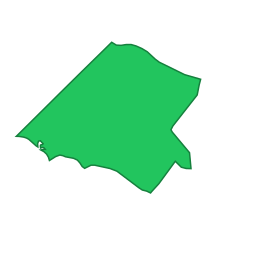 map outline of Al Ahmadi (orthographic projection), rotated 136°
{"feature_id": "KWT-1665", "entity_name": "Al Ahmadi", "entity_type": "Province", "adm_level": 1, "iso_a3": "KWT", "parent_name": "Kuwait", "parent_adm1": "", "projection": "orthographic", "projection_center": [48.089, 28.9], "detail": "fine", "context": "isolated", "style": "filled", "palette": "green", "viewbox_px": 256, "rotation_deg": 136, "n_neighbors": 0, "source": "natural_earth", "source_scale": "10m", "svg_char_len": 1002}
<svg xmlns="http://www.w3.org/2000/svg" viewBox="0 0 256 256"><g transform="rotate(136 128 128)"><path d="M80.2,201.0L78.8,195.7L75.5,192.2L71.5,189.4L67.8,185.9L65.2,181.4L62.8,175.5L61.2,169.4L60.6,158.7L59.8,153.6L50.2,127.0L41.9,112.6L46.8,109.6L55.3,103.7L94.3,98.3L98.3,96.9L99.0,94.3L100.9,67.5L110.9,55.0L114.3,58.5L116.9,62.8L117.1,71.2L144.5,66.5L155.4,65.8L156.9,65.6L158.4,69.6L160.8,73.5L161.7,77.5L166.0,104.7L169.1,111.4L177.8,124.4L180.4,126.9L187.2,129.1L187.7,132.1L186.9,136.1L186.7,140.1L188.2,144.0L193.0,150.8L194.0,153.2L195.8,155.9L199.9,157.7L207.1,159.2L205.5,162.3L204.7,165.8L204.9,169.4L206.0,172.8L203.3,171.0L202.4,170.1L202.2,171.7L202.4,172.7L203.1,173.5L204.8,174.3L203.5,176.0L202.7,176.5L202.0,176.2L201.2,175.6L200.0,175.6L199.9,179.7L201.5,180.7L203.9,179.5L206.0,177.0L206.5,179.1L207.2,188.7L207.9,191.1L209.3,193.8L212.0,197.4L214.1,199.6L183.0,200.0L151.9,200.4L120.8,200.7L89.6,200.9L80.2,201.0Z" fill="#22c55e" stroke="#15803d" stroke-width="1.5"/></g></svg>